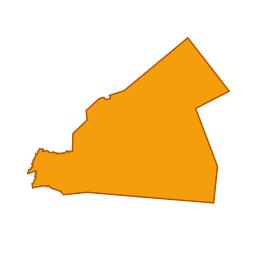 the district of Harlingen, Netherlands, rotated 174°
{"feature_id": "6326949B40723251176643", "entity_name": "Harlingen", "entity_type": "district", "adm_level": 2, "iso_a3": "NLD", "parent_name": "Netherlands", "parent_adm1": "", "projection": "robinson", "projection_center": [5.441, 53.126], "detail": "fine", "context": "isolated", "style": "filled", "palette": "amber", "viewbox_px": 256, "rotation_deg": 174, "n_neighbors": 0, "source": "geoboundaries", "source_scale": "gbopen_adm2", "svg_char_len": 3974}
<svg xmlns="http://www.w3.org/2000/svg" viewBox="0 0 256 256"><g transform="rotate(174 128 128)"><path d="M59.1,211.4L78.6,198.4L78.6,198.2L79.9,197.3L80.4,197.1L80.5,197.1L83.4,195.2L93.2,188.7L123.9,168.2L125.7,167.0L126.1,166.7L126.6,166.5L127.0,166.2L127.6,165.9L128.0,165.7L128.4,165.6L129.1,165.3L129.7,165.1L130.2,165.0L130.9,164.8L143.0,162.4L143.0,162.1L142.2,159.6L142.3,159.4L144.0,159.0L147.2,158.6L147.3,158.7L147.7,158.8L147.9,159.0L148.1,159.8L148.4,160.7L149.0,160.6L149.5,161.1L151.0,160.8L151.9,160.6L152.5,160.4L153.1,160.2L153.7,159.9L154.3,159.6L154.8,159.3L155.3,159.0L167.8,149.6L167.8,140.2L183.3,128.3L185.7,110.3L187.9,111.0L188.3,110.8L188.9,110.8L189.0,110.2L190.0,110.7L189.7,110.9L189.6,111.0L191.1,111.6L191.4,111.4L191.5,111.2L192.1,110.8L192.4,110.5L192.5,110.5L192.7,110.3L192.7,110.2L192.9,110.0L193.4,109.6L193.6,109.6L193.8,109.6L194.0,109.7L194.4,109.6L194.7,109.7L194.8,109.7L194.7,109.8L194.8,109.9L195.3,109.9L195.6,109.9L196.0,109.9L196.0,110.0L196.3,110.0L196.9,109.9L198.5,109.8L199.9,109.8L200.3,109.8L200.6,109.8L200.8,109.8L200.7,110.0L200.6,110.3L201.2,110.3L201.4,110.4L201.6,110.4L201.8,110.5L202.0,110.6L202.3,110.7L202.5,110.7L202.8,110.8L203.1,111.1L203.5,111.3L204.1,111.3L204.5,111.4L204.5,111.5L204.5,111.8L204.6,112.0L205.0,112.1L205.4,111.7L205.5,111.6L205.5,111.4L207.5,111.8L208.0,111.9L208.8,112.1L209.0,112.2L209.2,112.3L209.4,112.5L209.7,113.1L209.8,113.4L210.7,113.7L211.2,113.8L211.6,113.8L213.1,113.8L213.2,113.7L213.2,113.8L213.3,113.8L214.2,113.9L215.1,113.9L214.8,114.6L214.6,115.1L214.3,115.7L214.6,115.8L215.8,116.1L216.0,115.9L216.9,116.2L217.1,116.3L217.9,116.6L218.2,116.2L218.3,116.2L218.5,115.9L218.5,115.7L218.5,115.4L218.8,115.2L219.0,115.1L219.2,114.9L219.3,114.8L219.4,114.7L219.5,114.6L219.8,114.4L220.0,114.2L220.0,113.9L220.0,113.7L220.1,113.3L220.1,113.1L220.2,112.9L220.3,112.8L220.6,112.4L221.0,111.9L221.2,111.7L221.3,111.5L221.8,111.6L222.0,111.8L222.2,111.7L222.3,111.8L222.3,111.7L222.3,111.4L222.4,111.2L222.5,110.9L222.6,110.6L222.7,110.4L222.8,110.0L223.0,109.7L223.1,109.4L223.3,109.0L223.4,108.9L223.5,108.6L223.5,108.4L224.0,107.3L224.1,107.2L224.2,107.3L224.5,107.1L224.7,106.9L224.9,106.8L224.9,106.7L225.1,106.4L225.3,106.2L225.7,105.0L225.8,105.0L225.8,104.7L226.3,103.9L226.9,102.9L227.2,102.4L227.3,102.3L227.5,102.1L227.4,102.0L226.8,101.8L226.5,101.7L226.4,101.6L226.5,101.5L226.6,101.2L226.8,100.8L227.0,100.5L227.1,100.3L226.8,100.2L226.8,99.9L227.1,99.0L227.2,98.9L227.5,99.0L227.8,98.9L228.0,98.9L228.3,98.9L228.9,97.3L229.3,97.3L230.0,97.3L230.1,97.2L230.3,97.0L230.6,96.9L230.8,96.8L231.0,96.8L231.0,96.7L231.1,96.4L231.2,96.0L231.3,95.9L231.4,95.6L231.5,95.3L231.5,95.1L231.6,94.8L231.7,94.7L231.8,94.6L232.0,94.6L232.1,94.3L232.3,94.0L232.5,93.6L232.5,93.2L228.8,93.9L228.1,94.1L227.0,94.3L225.9,94.5L224.9,94.7L224.1,94.8L224.0,94.7L224.1,94.4L223.6,94.4L224.1,93.4L224.2,93.1L224.3,93.0L224.4,92.8L224.8,92.1L224.7,92.1L224.4,92.1L225.8,89.6L225.6,89.5L224.8,89.6L224.8,89.4L225.0,89.0L224.9,88.9L225.0,88.9L225.2,88.3L225.3,88.1L225.4,87.9L225.7,87.5L225.7,87.4L225.8,87.2L226.3,86.1L226.5,85.8L226.5,85.7L226.7,85.2L226.9,84.9L227.2,84.3L227.3,84.1L227.5,83.7L227.8,83.3L227.8,83.2L228.3,82.9L228.6,82.9L229.2,82.7L229.2,80.2L229.0,79.9L229.0,79.6L229.0,78.6L228.9,78.3L227.0,78.8L226.6,78.9L225.4,78.9L222.7,79.0L221.4,79.1L221.2,79.1L220.7,79.2L217.8,79.2L217.6,79.2L217.2,79.2L216.8,79.2L215.7,78.8L215.4,78.8L215.1,78.9L214.9,78.9L214.7,78.8L214.7,78.7L214.5,78.3L214.5,78.1L214.4,78.1L214.0,78.1L213.9,78.1L213.7,78.2L213.7,78.3L213.6,78.5L213.4,78.6L212.8,78.7L212.6,78.7L212.5,78.8L212.4,78.7L212.3,78.3L211.7,77.0L211.7,76.9L209.1,75.6L208.6,75.3L206.6,74.5L206.1,74.2L205.7,74.0L205.0,73.7L204.0,73.3L202.0,72.2L201.9,72.4L201.6,72.1L201.5,71.8L201.5,71.7L199.0,68.4L175.6,68.4L136.6,60.9L113.1,56.4L89.7,52.0L50.7,44.6L43.0,80.5L52.9,118.1L58.7,140.4L23.5,154.0L41.1,182.4L59.1,211.4Z" fill="#f59e0b" stroke="#b45309" stroke-width="1.5"/></g></svg>